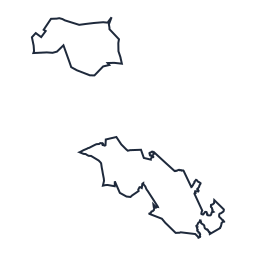 Nejapa de Madero, Oaxaca, Mexico, rotated 89°
{"feature_id": "50627088B21125637021022", "entity_name": "Nejapa de Madero", "entity_type": "district", "adm_level": 2, "iso_a3": "MEX", "parent_name": "Mexico", "parent_adm1": "Oaxaca", "projection": "mercator", "projection_center": [-95.677, 16.669], "detail": "fine", "context": "isolated", "style": "outline", "palette": "slate", "viewbox_px": 256, "rotation_deg": 89, "n_neighbors": 0, "source": "geoboundaries", "source_scale": "gbopen_adm2", "svg_char_len": 5586}
<svg xmlns="http://www.w3.org/2000/svg" viewBox="0 0 256 256"><g transform="rotate(89 128 128)"><path d="M223.3,33.5L223.2,33.5L222.8,34.1L222.5,34.3L221.9,34.5L221.8,34.9L221.7,35.2L221.3,35.6L220.7,36.0L218.4,38.3L218.0,38.4L217.1,38.4L216.6,38.4L215.9,38.2L215.4,38.0L215.2,37.7L215.0,37.1L214.9,36.7L214.5,35.9L213.8,35.1L213.4,34.3L212.9,33.9L212.3,33.7L211.9,33.7L211.1,33.6L201.6,43.0L204.7,43.3L205.1,43.8L205.7,44.5L205.9,44.7L206.0,45.0L206.1,45.7L206.2,45.9L206.3,46.3L206.7,46.4L207.3,46.3L207.7,46.5L208.0,46.5L208.6,46.3L208.8,46.0L209.1,45.7L209.4,45.5L209.6,45.4L210.1,45.4L210.4,45.4L210.6,45.2L210.8,45.0L211.1,44.9L211.5,44.9L212.2,45.2L212.6,45.3L212.8,45.2L213.0,45.0L213.1,44.8L213.1,44.1L213.3,43.9L213.6,44.8L213.8,45.5L214.1,45.9L214.8,46.1L215.1,46.2L216.0,46.4L216.4,46.7L216.7,47.0L216.8,47.3L216.8,47.7L216.8,48.8L216.7,49.2L216.7,49.6L216.4,50.1L216.3,50.3L216.0,50.4L215.9,50.3L215.6,50.2L215.5,50.4L215.3,50.5L215.0,50.4L213.4,51.0L213.3,51.4L213.2,51.9L213.3,52.4L213.6,52.6L214.8,53.6L215.2,53.9L215.7,54.2L215.8,54.5L215.8,54.8L215.6,55.1L215.5,55.3L215.4,55.5L215.4,55.8L215.4,56.0L215.0,56.2L213.8,55.9L213.4,55.9L212.9,55.7L212.4,55.5L211.9,55.2L194.9,62.7L194.7,62.7L194.2,62.3L194.2,62.1L193.9,62.3L193.1,62.1L192.4,61.9L192.5,61.5L192.5,61.3L192.4,61.1L192.7,60.8L192.7,60.6L192.6,60.4L192.7,60.2L192.3,59.4L192.4,59.2L192.3,58.8L192.4,58.7L192.0,58.5L190.6,59.2L190.5,59.3L190.2,59.8L189.8,59.5L189.5,59.0L188.0,57.9L186.6,57.6L185.6,56.8L184.5,56.4L183.8,57.3L183.5,57.6L183.2,58.4L182.8,59.0L182.2,59.5L181.2,60.3L181.0,60.9L182.1,61.8L182.8,62.5L183.5,62.4L184.0,62.7L184.6,63.2L185.3,63.6L185.8,63.8L186.0,63.9L186.4,64.2L186.6,64.3L186.7,64.5L186.8,64.5L187.2,64.8L187.3,64.9L187.5,64.9L187.8,65.1L188.0,65.3L188.2,65.7L171.7,73.2L171.3,73.8L171.6,74.9L171.5,75.4L171.1,75.5L171.0,76.0L171.0,76.7L171.1,77.2L170.7,77.7L170.8,78.0L171.1,79.0L171.5,79.7L171.5,79.9L171.5,80.6L171.8,80.8L171.7,81.5L171.9,81.6L171.9,82.1L164.2,90.3L152.7,102.4L152.9,102.5L153.0,102.6L153.5,102.5L153.8,102.6L154.1,102.6L154.6,102.8L154.6,103.0L153.8,103.0L153.5,103.1L152.7,103.4L152.5,103.5L152.2,103.9L152.0,104.3L152.5,105.2L152.8,105.6L153.1,106.2L153.1,106.5L153.2,106.8L153.4,106.9L153.5,107.0L153.8,107.0L154.9,106.6L155.2,106.7L155.5,106.6L155.9,106.4L156.0,106.2L156.1,105.8L155.9,105.2L155.8,104.6L155.8,104.2L156.3,103.8L156.4,103.6L156.8,103.4L157.1,103.2L157.5,103.2L157.6,103.3L157.5,104.0L157.7,104.6L157.8,104.7L157.9,104.9L158.2,105.1L158.4,105.1L158.8,105.4L159.5,105.8L160.0,105.8L158.2,112.7L150.0,115.4L150.2,126.3L150.7,128.6L149.2,130.3L144.3,135.0L136.8,139.8L139.1,150.4L144.8,150.8L145.0,151.1L145.2,151.5L145.2,151.8L145.1,152.1L144.8,152.3L144.7,152.5L144.6,153.6L143.9,153.7L143.7,153.7L143.3,153.3L142.9,153.6L142.7,153.9L142.7,154.1L143.1,154.3L143.1,154.6L142.9,154.9L142.7,155.4L142.6,155.8L142.8,156.3L143.5,157.2L143.6,159.4L143.7,160.0L144.4,161.6L146.5,165.9L147.1,167.0L147.4,168.3L148.0,169.4L149.4,172.9L151.2,176.3L151.4,176.8L153.1,172.9L153.3,170.8L154.4,169.2L155.1,167.9L155.3,165.4L160.0,157.9L161.8,156.2L162.8,155.5L167.4,154.9L170.2,154.4L172.9,154.0L178.0,153.1L180.4,152.9L185.2,154.1L184.7,151.5L184.6,149.5L186.0,142.3L181.1,142.1L192.7,137.3L196.5,130.7L197.0,126.7L195.6,125.2L191.2,118.5L189.7,118.8L187.4,117.5L187.4,116.4L188.1,115.7L188.3,115.3L187.9,115.2L185.1,114.8L184.0,114.6L183.4,113.7L184.3,113.7L186.8,111.7L188.4,111.1L188.9,110.9L189.5,110.6L189.8,110.5L191.3,109.4L207.1,99.6L207.4,99.5L207.3,99.9L208.0,101.2L207.7,101.4L204.9,103.9L207.6,103.6L207.8,103.3L208.0,103.0L208.6,102.9L209.2,103.2L209.5,103.5L209.9,103.6L210.4,103.5L210.6,103.7L210.9,104.0L211.1,104.3L211.4,104.5L211.6,104.8L211.7,105.1L211.8,105.7L211.9,106.0L212.2,106.2L212.9,106.5L213.3,106.7L213.5,107.0L213.8,108.1L214.0,108.2L214.3,108.1L214.4,107.7L219.3,95.7L223.4,92.4L226.1,89.7L233.7,82.2L233.6,78.2L233.2,77.2L235.2,62.6L238.0,59.9L239.0,59.5L239.0,59.4L238.8,59.0L238.3,58.5L238.1,58.1L238.1,57.8L237.8,57.7L237.6,57.8L236.2,58.1L235.7,57.7L235.2,57.8L234.8,58.1L234.0,58.4L233.9,58.7L233.8,59.3L233.1,59.3L232.9,59.5L232.6,59.9L232.4,60.1L232.1,60.5L231.8,60.6L231.4,60.6L231.2,60.3L231.0,60.2L230.9,60.1L230.2,60.5L229.9,60.6L229.6,60.6L229.3,60.7L228.5,60.4L228.5,60.9L227.4,61.3L227.1,61.4L226.8,61.1L226.6,60.8L225.9,60.2L225.1,59.9L224.8,59.8L224.6,59.7L224.4,59.6L223.8,59.1L223.6,58.7L223.4,58.4L223.1,58.1L222.8,57.9L222.4,57.9L221.6,57.6L221.7,57.2L221.9,57.3L222.2,57.2L222.8,56.8L223.1,56.6L223.8,56.7L224.3,56.6L224.8,56.1L224.9,55.8L225.5,55.2L225.7,54.8L225.8,54.5L226.0,54.2L226.3,53.9L226.6,53.7L227.1,53.4L227.8,53.4L229.0,53.1L229.6,52.9L230.4,51.9L230.6,51.4L230.9,51.2L230.7,50.8L230.7,50.6L231.2,50.0L231.6,49.8L232.0,49.6L232.6,49.5L232.8,49.3L232.9,48.9L233.1,48.7L233.5,48.7L233.6,48.3L233.6,48.2L233.8,48.0L234.3,48.1L234.5,48.1L234.2,47.6L234.3,47.3L234.4,47.2L235.1,47.4L229.7,37.7L229.3,37.7L229.1,37.7L228.7,37.4L228.5,37.1L228.2,36.9L227.8,36.8L227.5,36.8L226.7,36.5L226.0,36.3L224.8,36.2L224.5,35.8L224.2,35.6L223.6,35.0L223.4,34.6L223.3,33.7L223.3,33.5ZM63.6,133.0L58.4,134.1L57.2,134.3L51.1,136.2L42.9,136.2L39.1,135.5L28.9,144.8L27.3,144.8L24.0,145.3L17.0,142.5L22.3,146.6L21.8,151.0L22.4,160.1L23.2,168.1L24.0,175.0L19.3,189.2L17.9,191.7L17.0,194.8L17.4,197.4L17.5,203.1L28.3,210.6L29.6,208.6L35.6,213.2L31.5,218.6L35.6,222.5L44.0,220.9L49.5,220.6L51.4,221.3L51.0,207.9L51.5,202.1L50.4,197.7L44.2,191.1L61.0,185.4L66.2,183.7L69.4,178.1L74.7,165.1L74.8,160.6L66.0,151.8L64.7,145.6L62.7,147.2L62.6,140.7L63.6,133.0Z" fill="none" stroke="#1e293b" stroke-width="2"/></g></svg>